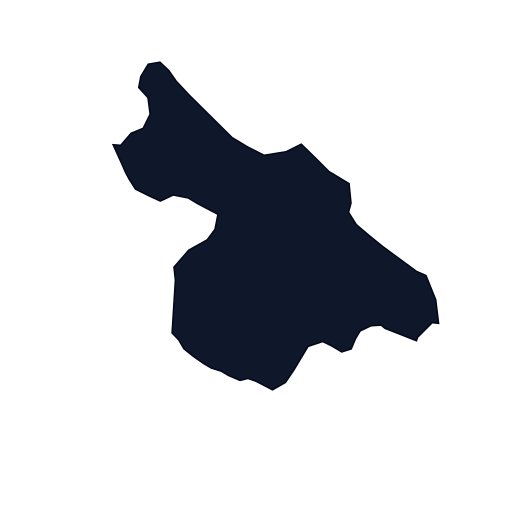 Yangju-si, Gyeonggi, South Korea, rotated 121°
{"feature_id": "91817680B42166609445104", "entity_name": "Yangju-si", "entity_type": "district", "adm_level": 2, "iso_a3": "KOR", "parent_name": "South Korea", "parent_adm1": "Gyeonggi", "projection": "orthographic", "projection_center": [127.01, 37.796], "detail": "fine", "context": "isolated", "style": "filled", "palette": "ink", "viewbox_px": 512, "rotation_deg": 121, "n_neighbors": 0, "source": "geoboundaries", "source_scale": "gbopen_adm2", "svg_char_len": 1065}
<svg xmlns="http://www.w3.org/2000/svg" viewBox="0 0 512 512"><g transform="rotate(121 256 256)"><path d="M219.7,64.8L200.9,79.4L185.2,100.2L186.5,110.6L182.6,152.3L180.0,170.6L177.4,186.2L170.8,199.2L161.7,201.8L146.0,213.5L146.0,237.0L140.8,257.9L136.8,274.8L151.2,284.0L165.5,301.0L166.8,319.2L166.8,337.5L152.4,396.3L147.2,414.5L141.9,426.3L139.3,438.1L147.1,447.2L161.5,447.2L172.0,443.3L175.9,430.2L189.0,419.8L204.6,418.5L215.1,426.3L230.8,429.0L234.2,435.8L247.7,416.3L251.7,410.7L255.6,404.1L256.1,403.1L260.8,393.7L259.5,378.0L258.2,366.3L246.4,358.4L241.2,344.1L241.2,332.3L239.9,310.1L254.3,304.9L267.3,306.2L285.6,316.7L307.8,320.6L318.2,312.7L365.2,288.3L367.7,279.1L372.7,269.9L374.3,258.2L375.2,244.9L375.1,236.5L372.6,226.5L372.6,218.2L370.9,205.6L365.1,199.8L363.4,191.5L362.2,172.9L349.2,165.6L334.2,164.8L321.7,164.8L306.7,164.8L295.0,154.8L294.1,144.8L294.1,133.1L286.6,126.5L275.8,128.1L266.6,128.1L256.6,121.5L250.8,113.1L251.6,108.1L246.0,74.8L242.4,75.6L222.4,70.6L219.7,64.8Z" fill="#0f172a" stroke="#020617" stroke-width="1.5"/></g></svg>